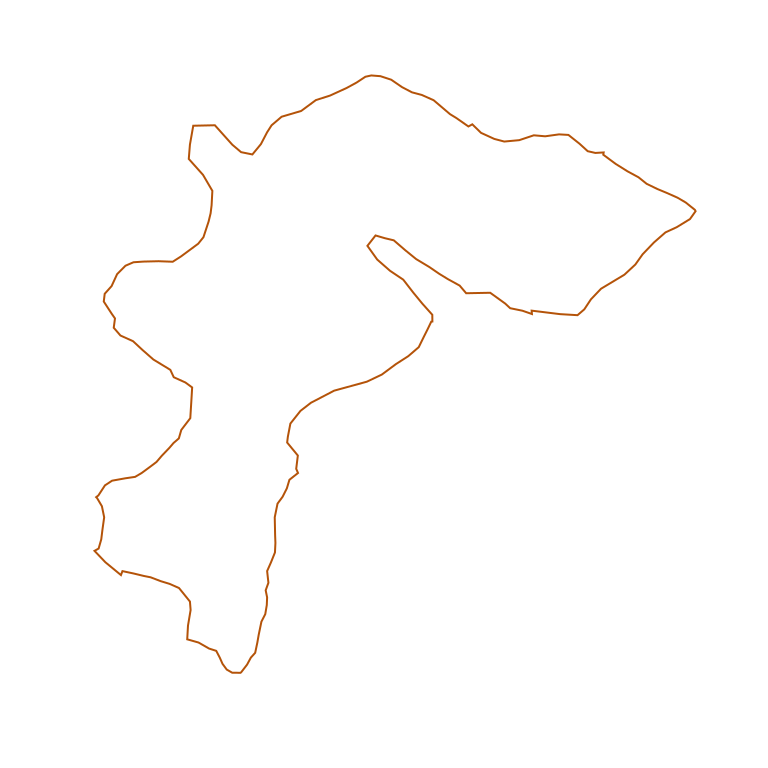 the district of Tovuz District, Tovuz, Azerbaijan, rotated 7°
{"feature_id": "54616110B84187356839814", "entity_name": "Tovuz District", "entity_type": "district", "adm_level": 2, "iso_a3": "AZE", "parent_name": "Azerbaijan", "parent_adm1": "Tovuz", "projection": "natural_earth1", "projection_center": [45.767, 40.907], "detail": "fine", "context": "isolated", "style": "outline", "palette": "amber", "viewbox_px": 768, "rotation_deg": 7, "n_neighbors": 0, "source": "geoboundaries", "source_scale": "gbopen_adm2", "svg_char_len": 2598}
<svg xmlns="http://www.w3.org/2000/svg" viewBox="0 0 768 768"><g transform="rotate(7 384 384)"><path d="M573.8,127.4L565.6,128.9L557.8,128.1L548.8,121.7L536.7,114.3L527.3,114.9L513.8,118.5L502.4,118.9L488.5,125.5L473.8,128.7L463.6,127.3L449.7,122.9L440.0,115.5L436.4,118.1L423.2,111.1L416.6,108.1L406.9,101.7L398.7,96.3L386.3,92.5L376.2,91.1L365.6,87.1L354.1,81.1L342.9,78.9L340.9,79.0L333.8,79.3L328.1,81.3L320.1,88.1L310.9,94.7L295.3,104.3L281.8,110.5L268.5,123.1L249.8,131.2L240.9,140.9L237.3,148.4L232.6,160.9L225.4,172.2L213.9,171.3L204.3,165.0L184.6,147.8L163.2,150.9L162.2,170.0L162.8,184.4L178.9,198.5L190.1,213.2L191.1,227.6L191.1,235.7L190.1,244.2L186.9,260.3L182.5,267.4L167.0,282.1L159.4,288.4L145.3,289.6L130.4,291.8L120.5,293.7L113.0,298.1L105.7,307.5L101.7,320.0L95.8,328.5L95.8,334.8L95.8,336.3L105.3,347.6L109.0,351.7L108.9,361.1L116.5,368.0L129.7,372.1L140.2,379.7L152.1,387.8L170.2,396.0L174.5,402.9L186.7,406.7L194.0,410.8L194.6,420.2L195.9,441.5L188.4,454.3L187.0,463.0L182.3,468.2L178.7,473.6L172.2,482.3L167.7,489.1L161.6,495.0L154.4,501.8L148.3,506.5L138.8,509.1L125.9,513.1L119.4,518.6L114.1,529.4L112.1,531.4L113.2,532.3L118.9,539.7L122.5,550.4L122.3,562.9L122.3,572.6L120.8,582.1L117.0,584.9L129.2,594.9L146.2,605.7L147.2,601.6L158.6,602.6L169.1,603.8L175.9,604.3L186.4,606.9L195.5,608.5L205.4,611.5L210.7,616.6L217.9,623.6L219.6,631.9L218.9,647.7L219.8,661.4L231.4,663.2L242.6,667.9L250.0,669.3L254.4,675.7L257.8,681.4L262.7,686.6L268.6,689.1L276.8,688.1L277.4,687.5L282.3,679.2L285.2,671.8L288.9,666.5L289.8,656.1L290.2,648.2L291.3,634.8L294.2,626.9L294.6,617.7L294.0,610.1L291.7,603.2L293.5,595.4L290.8,583.9L293.5,575.0L296.3,564.5L295.6,555.0L294.4,547.6L291.8,529.6L292.9,515.7L297.1,508.3L300.3,499.4L301.8,490.6L309.5,482.8L307.2,478.9L307.2,465.5L295.0,453.9L295.0,448.1L295.9,434.7L304.4,420.8L313.8,411.5L335.3,396.7L366.7,383.8L380.7,374.9L393.4,362.8L404.6,353.5L414.0,343.2L417.7,332.5L420.7,324.1L423.3,316.4L424.4,316.1L423.5,309.4L412.3,299.6L402.0,289.8L390.4,278.1L376.2,270.9L362.1,261.3L350.7,248.9L357.5,237.6L367.2,239.2L376.2,240.2L388.9,248.7L400.7,256.1L414.6,262.3L425.4,267.9L434.6,272.1L447.1,277.1L454.5,283.9L478.3,280.5L494.5,289.4L500.0,293.4L512.5,294.4L522.3,296.5L521.6,293.2L536.9,293.2L550.3,293.2L567.7,292.1L573.7,285.5L579.1,274.7L587.8,263.0L609.3,246.2L618.9,234.8L624.9,223.7L634.7,210.6L644.9,199.2L655.4,192.7L667.6,183.0L672.2,174.5L671.4,173.3L661.4,167.1L652.6,163.3L641.1,159.8L631.4,157.1L620.3,153.3L611.4,147.8L599.7,143.2L587.1,137.3L573.7,129.7L573.8,127.4Z" fill="none" stroke="#b45309" stroke-width="2"/></g></svg>